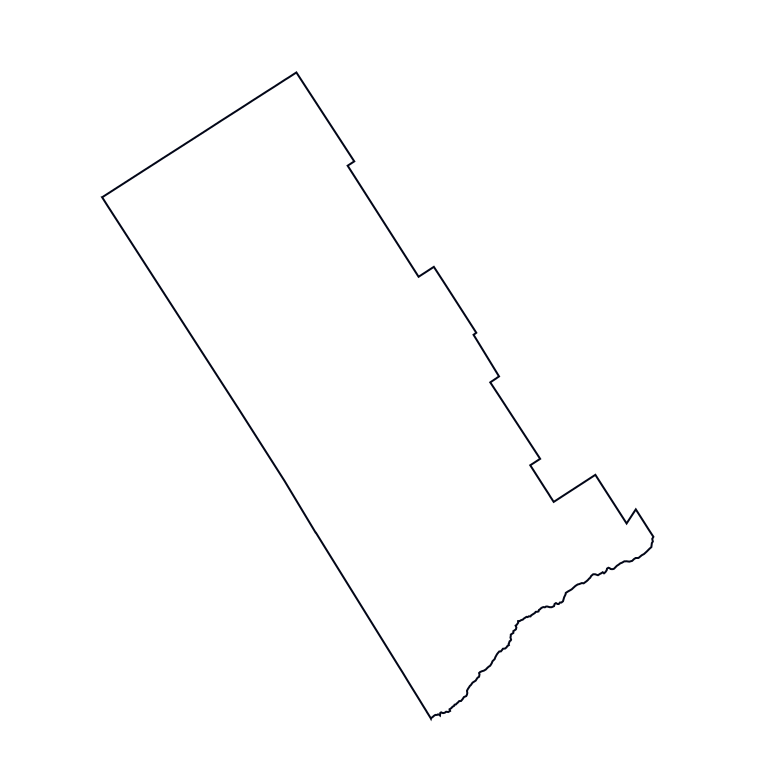 the district of Alberdi, Santiago del Estero, Argentina, rotated 237°
{"feature_id": "61730980B98253632785456", "entity_name": "Alberdi", "entity_type": "district", "adm_level": 2, "iso_a3": "ARG", "parent_name": "Argentina", "parent_adm1": "Santiago del Estero", "projection": "equal_earth", "projection_center": [-63.373, -26.57], "detail": "fine", "context": "isolated", "style": "outline", "palette": "ink", "viewbox_px": 768, "rotation_deg": 237, "n_neighbors": 0, "source": "geoboundaries", "source_scale": "gbopen_adm2", "svg_char_len": 3367}
<svg xmlns="http://www.w3.org/2000/svg" viewBox="0 0 768 768"><g transform="rotate(237 384 384)"><path d="M694.2,249.3L693.7,249.3L683.8,249.2L513.9,248.7L440.3,248.5L428.7,248.4L356.8,247.8L296.5,245.7L296.4,245.9L278.5,245.5L139.6,242.6L132.0,242.5L125.4,242.3L122.4,242.2L118.4,242.1L114.2,242.0L104.3,241.8L100.0,241.7L99.8,241.7L92.4,241.5L86.8,241.4L85.3,241.3L84.9,241.3L83.7,241.3L79.6,241.2L78.7,241.2L77.7,241.1L78.2,241.7L78.2,243.3L78.5,245.1L78.5,246.8L77.6,248.2L77.5,249.4L76.7,250.0L75.5,250.4L76.7,251.4L77.5,252.1L77.5,253.1L76.5,253.7L75.8,254.3L75.2,255.9L75.3,257.6L74.8,258.2L73.9,259.2L73.8,261.4L75.5,261.8L75.5,263.9L76.0,265.7L75.9,267.5L76.6,268.5L76.1,269.8L76.4,270.8L76.6,272.4L77.1,274.4L76.2,275.9L76.9,278.3L77.9,280.5L77.5,283.0L78.3,284.4L79.5,285.6L80.9,286.2L81.6,286.6L82.7,288.6L83.4,290.3L84.0,291.5L84.2,292.9L85.3,295.6L85.3,298.0L85.3,299.4L85.9,300.6L86.6,302.3L86.7,302.5L86.7,304.3L88.4,305.9L89.8,306.3L90.1,307.7L89.8,309.6L89.2,311.6L89.1,314.1L89.5,315.3L89.5,315.8L89.7,316.4L89.9,317.9L89.9,319.6L91.1,322.2L92.4,324.0L93.0,326.9L94.3,328.7L95.8,331.5L96.4,333.2L96.9,335.0L96.1,336.4L96.7,338.4L97.2,339.5L96.2,341.5L96.4,343.3L97.0,344.6L97.0,346.6L98.0,346.8L98.4,347.5L98.5,347.6L99.8,349.2L99.9,350.6L100.0,350.7L100.3,351.3L101.6,351.7L102.7,352.1L103.4,352.9L104.8,353.9L104.8,354.9L104.8,356.9L106.3,357.9L106.3,359.4L106.4,361.0L107.7,362.4L109.7,362.8L109.7,364.0L110.7,366.5L112.1,367.3L111.7,368.1L111.3,368.7L111.3,370.1L110.8,372.2L111.1,373.4L111.1,375.2L111.1,376.7L110.3,377.5L110.3,378.9L109.3,380.3L109.8,381.4L109.8,383.2L109.8,385.4L109.8,385.8L110.3,387.1L109.6,388.3L109.1,389.7L110.1,390.9L110.1,392.4L110.4,393.2L110.4,395.0L110.1,396.2L109.1,397.3L109.1,398.7L108.3,399.9L106.6,401.4L105.5,403.0L105.2,404.9L105.1,405.6L106.6,407.3L106.6,408.9L105.0,409.7L104.3,410.7L104.9,412.6L104.1,413.8L104.3,415.8L107.0,418.9L108.7,421.7L109.8,422.7L109.8,423.9L109.8,424.3L109.8,425.6L109.6,428.3L109.6,429.9L109.9,431.5L110.4,434.6L110.4,437.2L109.9,438.6L109.3,441.5L108.1,442.9L108.3,446.6L108.6,448.4L109.1,450.1L109.2,451.3L110.2,453.3L110.5,455.8L109.5,457.4L108.1,458.5L107.1,459.3L107.1,462.9L106.9,462.5L107.0,464.9L105.4,465.4L105.6,467.1L106.5,469.3L107.7,470.5L107.7,471.4L107.7,472.1L106.7,472.9L105.4,473.3L104.5,474.4L104.0,475.4L103.8,476.3L104.6,479.8L104.7,480.3L104.7,482.5L104.9,484.4L104.5,486.4L104.4,488.9L103.2,490.9L101.4,493.0L100.5,495.8L101.0,498.3L101.0,500.3L99.5,502.7L100.0,506.8L99.8,509.5L100.4,513.2L101.2,516.8L101.6,519.4L104.7,522.0L105.5,523.7L108.0,524.6L109.1,526.7L118.5,526.7L127.5,526.8L141.7,526.9L141.1,525.5L138.7,520.1L134.9,511.5L155.7,511.6L179.4,511.7L192.7,511.8L192.7,506.8L192.7,506.1L192.7,484.3L192.7,472.8L192.7,462.1L192.8,462.1L198.6,462.1L202.1,462.2L204.1,462.2L209.9,462.2L236.2,462.4L236.2,474.2L287.6,474.1L307.7,474.1L327.5,474.0L327.7,484.6L371.6,485.8L376.5,485.9L376.7,489.3L434.8,489.6L454.9,489.6L455.1,489.6L455.1,489.3L455.1,471.4L586.9,472.4L586.9,480.3L671.5,480.2L679.7,480.2L691.7,480.2L692.3,480.2L693.0,480.2L693.0,476.8L693.0,472.9L693.0,471.3L693.0,470.8L693.1,467.0L693.1,460.0L693.1,452.9L693.2,444.5L693.3,427.6L693.3,418.1L693.5,390.2L693.5,374.2L693.6,351.2L693.8,321.2L693.8,314.7L693.9,298.4L694.1,251.7L694.1,250.9L694.1,250.7L694.1,249.6L694.2,249.3Z" fill="none" stroke="#020617" stroke-width="2"/></g></svg>